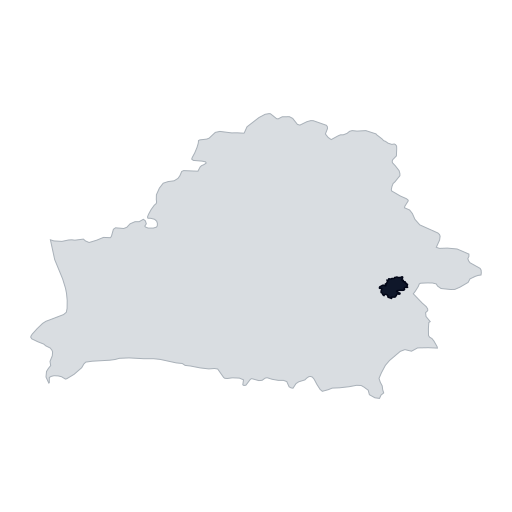 location of Karma, Gomel, Belarus
{"feature_id": "67162791B17316516711258", "entity_name": "Karma", "entity_type": "district", "adm_level": 2, "iso_a3": "BLR", "parent_name": "Belarus", "parent_adm1": "Gomel", "projection": "equal_earth", "projection_center": [30.843, 53.121], "detail": "fine", "context": "in_parent", "style": "filled", "palette": "ink", "viewbox_px": 512, "rotation_deg": 0, "n_neighbors": 0, "source": "geoboundaries", "source_scale": "gbopen_adm2", "svg_char_len": 6227}
<svg xmlns="http://www.w3.org/2000/svg" viewBox="0 0 512 512"><path d="M437.4,348.1L428.4,347.7L417.6,347.9L411.5,351.2L404.9,349.6L400.2,351.4L389.5,360.5L385.4,365.3L381.4,372.8L379.0,378.4L380.3,382.3L382.2,385.9L382.7,389.8L383.7,392.9L381.0,395.1L379.5,398.4L374.9,397.8L369.4,394.7L368.2,390.2L364.0,387.1L361.2,385.5L356.6,385.3L349.2,386.7L339.5,387.8L332.2,388.1L328.2,389.7L322.3,391.3L320.1,389.4L316.9,384.4L314.2,379.3L312.4,377.1L310.8,376.5L308.9,376.6L306.6,378.2L304.9,379.9L298.7,381.8L296.0,383.6L293.0,388.2L291.1,387.9L289.1,386.8L286.8,381.6L283.6,380.4L278.5,380.4L272.2,379.3L267.1,377.7L265.2,378.1L262.1,380.3L258.8,380.6L251.6,378.6L250.2,379.5L245.9,385.2L243.9,385.5L242.8,384.8L243.5,379.8L239.4,378.1L232.3,377.8L227.3,378.5L224.8,378.3L223.6,377.4L217.7,369.0L214.5,368.5L208.7,368.9L200.2,367.9L190.4,366.0L185.1,365.4L182.3,363.5L176.3,362.9L160.2,359.4L153.6,358.7L143.8,358.7L129.0,357.9L119.4,358.3L115.0,359.5L109.8,360.2L92.2,361.2L85.8,362.1L83.9,363.9L81.7,367.7L74.1,374.3L66.8,378.7L65.5,379.1L61.5,376.7L58.1,375.9L54.0,375.7L51.1,376.4L49.3,377.5L49.3,382.7L48.8,383.1L46.0,377.0L46.5,371.5L48.4,368.4L50.7,365.6L50.0,361.4L52.3,355.8L52.6,351.8L51.8,350.0L50.2,348.0L45.7,345.8L43.8,344.1L37.7,341.7L31.7,338.8L30.7,337.1L31.1,335.9L32.3,334.0L37.2,328.6L42.6,323.4L45.9,321.3L63.5,314.6L66.3,312.3L67.1,308.4L67.2,300.4L66.5,293.2L65.5,288.2L62.6,278.8L54.7,259.6L50.4,239.8L53.8,240.9L61.9,241.4L68.5,240.0L71.8,239.8L74.8,240.2L83.4,239.1L85.4,240.9L89.1,242.5L96.7,240.2L103.5,237.4L110.3,237.7L111.4,236.4L113.4,229.3L115.5,227.8L123.7,228.5L126.8,227.3L130.1,223.8L135.0,221.7L139.1,221.7L143.4,219.3L145.4,220.9L146.3,223.8L144.8,226.1L145.4,227.0L148.2,228.1L153.3,228.1L156.5,227.1L157.3,225.8L157.4,223.4L156.7,221.2L154.6,219.3L150.7,218.3L147.9,218.2L147.5,217.0L148.5,214.4L151.1,209.6L154.3,205.2L156.2,203.6L156.6,202.1L156.3,199.5L156.4,194.8L159.4,188.1L163.2,183.2L168.1,181.6L174.1,180.8L178.0,178.4L179.9,175.7L181.7,171.5L183.6,170.6L197.9,171.2L200.2,166.9L201.5,165.7L204.2,164.5L206.2,163.0L205.5,161.8L201.9,161.1L193.3,160.4L191.7,159.1L192.3,157.4L194.7,153.0L197.0,147.5L198.3,143.1L198.5,140.6L199.8,139.9L206.7,139.1L209.1,138.2L215.3,132.4L219.9,131.4L231.6,132.9L237.0,132.8L243.9,133.2L244.4,132.6L247.0,126.8L258.9,117.6L265.1,114.3L269.1,113.6L270.5,113.8L276.6,118.7L278.1,118.9L282.2,116.8L289.4,116.7L292.7,118.4L297.4,124.4L299.9,125.1L306.9,121.7L310.8,120.6L313.3,120.7L326.4,125.3L327.4,126.8L327.5,128.5L325.4,134.0L328.1,137.4L331.2,139.6L338.0,135.9L340.5,134.8L343.3,134.8L347.0,133.4L349.6,131.3L352.2,130.6L357.0,131.1L365.8,130.6L376.0,133.9L376.8,134.9L381.9,138.8L383.7,140.7L385.4,141.3L388.1,143.2L391.8,144.4L394.3,144.0L395.5,144.6L396.6,146.1L396.7,148.7L396.4,155.9L392.7,159.7L392.2,161.1L392.4,162.7L395.3,165.8L399.1,170.7L399.9,173.6L399.9,175.7L394.8,182.0L393.1,183.5L391.9,186.6L391.3,189.7L391.7,191.0L400.3,196.0L406.6,198.8L408.1,200.1L408.2,200.9L404.8,206.3L404.5,207.8L409.6,210.0L412.4,213.6L414.9,219.3L419.8,224.9L437.9,233.0L439.5,234.5L440.1,236.2L439.6,240.0L436.3,247.3L439.4,248.4L447.4,248.1L457.1,249.0L468.9,254.1L468.9,256.4L467.8,258.6L468.6,260.8L469.9,262.7L480.1,268.4L481.1,270.1L481.3,272.9L481.0,275.0L478.2,275.4L475.1,276.4L470.0,278.9L468.1,282.4L459.9,287.2L454.8,289.4L450.7,289.5L441.0,288.5L437.6,286.1L436.2,283.9L432.5,283.0L427.5,282.9L420.7,283.2L419.3,283.9L418.2,286.6L415.3,291.2L413.3,293.8L422.0,302.9L426.3,306.7L427.7,309.0L427.7,310.7L425.6,312.6L426.0,316.5L430.2,321.6L428.8,322.5L428.4,328.8L428.5,335.5L429.6,337.2L431.9,338.5L433.9,341.0L437.1,346.7L437.4,348.1Z" fill="#d9dde1" stroke="#a8b0b8" stroke-width="1"/><path d="M408.1,287.1L407.6,287.1L407.2,286.8L406.9,286.4L406.9,285.9L407.3,285.4L407.5,284.6L407.4,284.3L406.6,284.1L406.2,284.0L406.2,283.6L406.3,283.3L405.8,283.0L405.3,283.0L405.0,282.7L405.2,282.2L405.1,281.8L404.6,281.7L403.9,281.7L403.2,281.6L403.1,281.2L403.2,280.9L403.3,280.4L402.8,280.1L402.2,279.8L401.7,279.9L401.6,279.7L401.8,279.4L402.0,279.1L402.2,278.8L402.3,278.6L402.4,278.3L402.6,277.9L402.7,277.5L402.6,277.1L402.5,276.9L401.9,276.9L401.6,276.9L401.1,277.2L400.8,277.3L400.1,277.5L398.8,277.5L397.9,277.5L397.5,277.4L397.1,277.0L396.7,277.0L396.0,277.3L395.2,277.4L394.7,277.5L394.6,277.8L394.6,278.1L394.2,278.5L393.4,278.5L392.4,278.5L391.9,278.5L391.6,278.6L391.3,278.9L390.3,279.0L389.7,278.9L388.8,278.8L388.6,279.1L388.6,279.4L388.6,279.7L388.4,280.0L387.8,280.1L387.5,280.2L387.0,280.2L387.2,280.9L387.5,281.1L387.7,281.4L387.5,281.7L387.3,282.0L387.0,282.4L386.8,282.8L386.6,283.2L386.6,283.6L386.1,283.9L385.8,283.9L385.5,283.9L385.3,284.1L385.3,284.4L385.7,285.0L385.9,285.4L385.8,285.7L385.2,285.8L384.4,285.6L384.0,285.5L383.6,285.2L382.9,285.2L382.3,285.4L382.0,285.6L381.5,285.9L380.8,286.3L379.9,286.7L379.5,287.3L379.4,288.0L379.6,288.3L380.1,288.4L380.7,288.4L381.1,288.5L381.5,288.6L381.8,288.7L381.9,288.9L381.8,289.2L381.7,289.5L381.6,289.8L381.4,290.2L381.3,290.4L381.2,290.8L381.1,291.2L381.1,291.7L381.3,291.9L381.2,292.4L381.3,292.4L381.7,292.7L382.0,293.1L382.2,293.4L382.4,293.8L382.7,294.4L383.0,294.8L383.2,295.1L383.7,295.5L384.1,295.5L384.2,294.9L384.2,294.7L384.5,294.5L384.9,294.4L385.9,294.4L386.1,294.5L386.8,294.7L387.1,295.0L387.3,295.2L387.5,295.4L387.8,295.5L388.1,295.7L388.2,295.9L387.9,296.2L387.8,296.7L387.9,297.0L388.2,297.2L388.8,297.5L389.8,297.8L390.4,298.0L390.8,298.2L391.5,298.4L391.7,298.0L391.3,297.6L391.2,297.4L391.3,297.1L392.2,297.0L393.6,297.1L394.6,297.1L395.0,297.0L395.3,296.9L395.6,296.6L395.5,296.4L395.5,296.0L395.7,295.9L396.1,295.7L396.4,295.4L396.5,295.1L396.5,294.8L396.6,294.4L396.8,294.2L397.4,294.0L398.2,294.1L398.9,294.1L399.7,294.1L400.0,293.7L400.0,293.3L399.8,293.0L399.3,292.9L399.0,292.8L398.2,292.7L397.9,292.4L397.8,292.0L397.5,291.8L397.1,291.7L396.6,291.5L396.6,291.2L397.0,291.1L397.3,290.9L397.5,290.7L398.0,290.5L398.7,290.5L399.4,290.4L400.0,290.3L400.9,290.3L402.2,290.3L403.0,290.3L403.6,290.2L403.9,290.1L404.2,289.8L404.4,289.5L404.6,289.2L404.5,288.9L404.4,288.7L404.3,288.2L404.4,287.8L404.6,287.6L404.9,287.4L405.3,287.3L406.2,287.4L406.8,287.4L407.2,287.4L408.1,287.1L408.1,287.1Z" fill="#0f172a" stroke="#020617" stroke-width="1.5"/></svg>